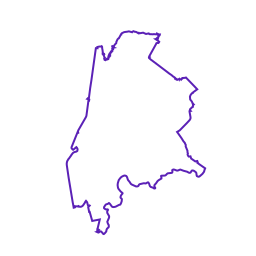 Angamacutiro, Michoacán, Mexico (Albers equal-area conic projection), rotated 160°
{"feature_id": "50627088B24652529578348", "entity_name": "Angamacutiro", "entity_type": "district", "adm_level": 2, "iso_a3": "MEX", "parent_name": "Mexico", "parent_adm1": "Michoacán", "projection": "albers", "projection_center": [-101.725, 20.14], "detail": "fine", "context": "isolated", "style": "outline", "palette": "violet", "viewbox_px": 256, "rotation_deg": 160, "n_neighbors": 0, "source": "geoboundaries", "source_scale": "gbopen_adm2", "svg_char_len": 5706}
<svg xmlns="http://www.w3.org/2000/svg" viewBox="0 0 256 256"><g transform="rotate(160 128 128)"><path d="M69.3,63.7L73.3,69.4L74.4,71.1L74.2,71.1L74.2,71.5L74.2,73.3L76.2,73.6L79.1,77.7L79.0,80.0L80.6,80.3L80.9,80.8L81.1,82.2L81.0,82.9L80.4,83.6L80.4,84.8L79.9,86.3L80.1,90.9L79.5,92.4L79.8,94.3L79.7,94.7L80.4,96.4L81.2,100.2L83.2,107.5L80.2,108.1L70.8,112.6L67.5,114.3L66.9,114.7L66.3,115.3L65.8,116.0L65.5,117.1L64.6,122.3L64.4,122.9L64.3,123.0L63.3,122.7L63.5,123.3L63.4,124.3L63.1,124.5L60.8,125.5L59.8,125.7L59.8,126.1L59.7,126.3L59.1,126.8L58.9,128.0L58.3,127.9L58.5,128.5L58.9,128.4L58.9,130.4L59.0,131.2L59.8,133.5L59.1,136.2L58.2,137.3L57.4,138.0L56.4,138.5L55.6,138.8L55.2,138.8L55.2,139.1L49.7,140.7L56.3,155.6L56.8,155.5L59.9,156.4L60.1,156.2L59.9,156.1L59.9,155.9L60.2,155.8L60.5,155.9L61.5,155.3L61.6,155.6L62.2,156.0L62.9,156.2L62.9,156.3L63.0,156.3L63.1,156.2L63.1,156.6L63.5,156.5L64.3,156.6L64.7,156.5L65.3,156.4L65.9,156.9L65.8,157.7L66.8,158.0L66.7,158.8L66.8,158.8L67.2,160.0L68.2,161.3L68.9,162.7L70.5,164.9L75.9,173.3L82.7,183.8L82.9,184.0L84.3,186.6L84.2,187.2L84.0,187.4L83.3,187.4L83.5,188.1L72.7,197.5L72.5,197.8L72.2,198.0L71.0,197.8L70.5,197.5L69.9,197.7L69.2,198.3L69.8,199.5L71.7,202.1L71.1,202.0L70.6,201.0L69.8,201.1L69.2,201.9L70.2,202.5L67.8,203.5L67.6,203.9L67.7,204.2L67.4,204.1L67.2,204.3L66.6,204.3L66.1,205.0L67.2,205.4L67.6,206.0L68.5,206.9L68.8,206.5L69.3,206.3L71.7,207.4L72.5,207.5L74.1,208.2L75.3,208.6L76.1,209.3L76.2,209.8L78.9,210.2L81.2,212.4L85.0,213.1L85.2,213.7L85.4,213.8L85.9,213.5L87.2,215.2L88.0,215.8L88.7,216.1L89.8,217.1L91.0,216.9L91.4,216.6L94.1,218.5L96.0,218.8L97.7,219.2L98.9,219.4L99.9,219.3L101.2,219.2L102.1,218.8L102.3,218.1L103.0,218.0L105.8,215.5L106.0,215.6L107.5,214.9L109.5,212.9L109.8,212.2L110.1,211.7L111.7,211.0L113.1,209.9L113.9,208.6L113.7,208.4L114.3,208.5L114.5,208.1L114.7,208.6L114.7,208.9L114.8,209.2L114.7,210.2L114.9,210.2L114.9,208.5L115.1,208.3L115.2,207.8L115.7,207.9L115.8,207.6L115.7,207.4L115.5,207.0L116.1,206.6L116.4,205.8L116.9,206.0L117.5,205.9L117.9,205.6L117.3,205.3L117.4,205.1L117.8,205.0L118.1,204.7L118.6,204.7L119.4,204.4L119.4,203.9L119.7,203.9L119.9,203.0L120.1,203.2L120.4,203.1L120.6,203.1L120.7,203.4L121.0,203.1L121.4,202.3L121.9,202.1L121.9,201.9L121.6,201.5L121.4,201.4L121.0,201.6L120.8,201.5L121.1,201.3L122.2,200.9L122.5,200.8L122.6,200.6L122.6,200.3L122.9,200.3L122.9,199.8L123.0,199.5L123.3,199.5L123.2,200.1L123.4,200.3L124.2,200.2L124.4,199.6L125.5,199.6L125.8,199.5L126.2,199.7L126.1,200.0L126.2,199.9L126.3,200.1L126.7,200.3L126.6,201.3L126.3,201.3L126.4,201.6L126.0,202.2L126.0,202.3L125.8,202.3L126.0,203.0L125.8,204.7L126.0,205.0L125.6,205.2L125.4,205.6L125.1,205.6L125.1,205.8L125.7,206.0L125.9,206.3L126.4,206.4L126.3,206.8L125.9,206.8L125.5,209.3L125.3,209.7L125.1,211.3L124.6,213.2L124.8,213.9L125.6,213.8L126.6,214.2L127.5,214.4L129.1,214.6L129.4,213.4L130.9,214.0L146.0,185.5L149.8,178.6L154.5,169.5L155.3,169.8L156.3,169.3L155.0,168.4L155.3,167.7L154.9,167.6L155.3,166.9L155.9,167.1L162.8,153.9L163.3,153.2L164.1,152.4L175.3,143.0L176.4,141.8L176.3,141.0L176.4,140.5L176.5,140.5L177.0,141.1L187.6,129.3L187.9,128.6L187.9,128.1L187.3,126.6L186.9,126.3L183.1,127.7L182.8,127.0L182.6,125.6L182.8,124.9L183.5,123.8L184.5,123.5L186.7,123.7L187.8,123.5L188.4,123.3L190.5,122.0L190.6,121.8L193.4,119.9L193.7,119.6L194.6,119.2L195.2,118.7L196.5,117.6L197.3,116.4L197.8,115.4L198.2,114.1L200.8,101.5L205.5,76.4L205.5,76.1L206.3,71.7L205.4,71.6L205.1,71.6L205.0,72.6L204.9,72.8L204.8,72.7L202.1,71.5L201.3,71.7L201.1,71.5L201.1,70.9L199.3,70.1L198.6,70.1L197.8,70.2L196.8,70.6L193.7,72.8L193.7,73.0L192.6,73.8L192.5,73.6L192.3,73.7L191.8,72.2L192.1,69.2L192.0,68.5L190.6,68.4L190.5,68.2L192.1,67.5L192.5,67.2L193.2,62.4L192.7,62.3L193.4,52.9L185.8,51.7L190.5,44.6L191.3,43.7L191.6,43.0L190.8,43.2L190.2,42.3L191.5,41.8L190.6,40.5L190.5,40.3L191.7,40.2L192.7,41.1L192.9,41.1L191.7,39.9L190.9,39.9L189.8,40.3L189.3,40.3L188.8,40.1L188.3,39.2L187.4,36.8L187.0,36.6L185.5,37.2L184.0,38.1L183.6,38.5L183.3,39.2L182.8,39.9L182.3,40.4L181.6,40.8L180.3,41.3L179.8,41.8L179.3,43.4L179.5,44.2L179.6,45.8L179.5,47.0L176.5,50.2L176.1,51.0L175.9,51.8L176.5,55.1L176.4,55.7L176.2,56.5L175.5,57.3L174.8,57.9L174.9,58.4L175.4,58.7L176.0,58.8L176.8,59.2L177.6,60.2L177.8,60.6L177.9,61.0L177.7,61.5L177.4,62.0L175.5,63.4L174.8,63.7L174.4,63.7L172.9,63.6L171.6,64.0L171.3,63.7L170.9,62.8L170.0,59.7L169.5,59.1L168.8,58.7L167.5,58.4L166.5,58.3L162.8,58.8L161.4,58.7L160.2,59.8L159.0,61.3L158.1,63.2L158.2,63.8L158.5,64.3L158.8,65.0L158.7,65.6L158.1,66.5L157.0,67.5L155.7,68.2L155.4,68.6L155.7,69.3L156.6,70.8L157.2,72.5L157.8,74.3L157.8,75.5L157.3,77.9L156.4,79.7L154.5,82.2L152.7,83.4L151.1,84.2L149.7,84.5L147.8,84.6L147.1,84.3L146.6,84.0L146.1,83.5L145.8,82.8L145.7,81.8L145.8,79.8L145.7,78.9L145.0,77.1L144.4,74.5L143.7,73.5L140.5,70.4L139.6,70.0L138.7,69.9L138.1,70.0L137.0,71.0L136.2,71.2L132.1,70.7L130.2,69.8L128.5,70.1L127.8,70.1L127.5,69.8L127.2,68.3L127.3,66.5L127.2,65.7L126.8,64.9L124.9,63.3L124.2,62.3L123.8,62.1L123.5,62.0L123.1,62.1L122.9,62.3L122.9,62.7L123.1,63.1L123.1,64.5L122.6,65.3L122.2,65.6L120.6,66.4L118.4,68.0L117.0,68.5L113.9,69.1L113.6,69.6L113.5,70.9L113.3,71.6L112.8,71.7L110.0,70.8L109.5,70.7L108.9,70.7L108.1,71.0L107.0,71.6L106.1,71.8L102.8,71.0L102.0,70.9L101.5,71.2L101.0,72.3L100.9,73.2L100.1,73.5L99.3,73.4L98.4,72.8L96.8,71.4L95.9,71.0L94.9,71.0L93.7,71.1L93.0,71.0L90.4,68.8L87.4,66.7L86.2,65.3L85.6,64.9L85.1,64.7L84.4,64.8L82.7,66.1L82.1,66.1L81.1,65.6L80.5,65.0L80.0,64.2L79.4,63.3L79.2,62.3L79.7,60.1L79.7,59.3L79.2,58.7L78.4,58.1L77.5,58.0L76.1,58.5L73.8,59.4L72.4,60.3L71.4,61.0L70.7,62.1L69.3,63.7Z" fill="none" stroke="#5b21b6" stroke-width="2"/></g></svg>